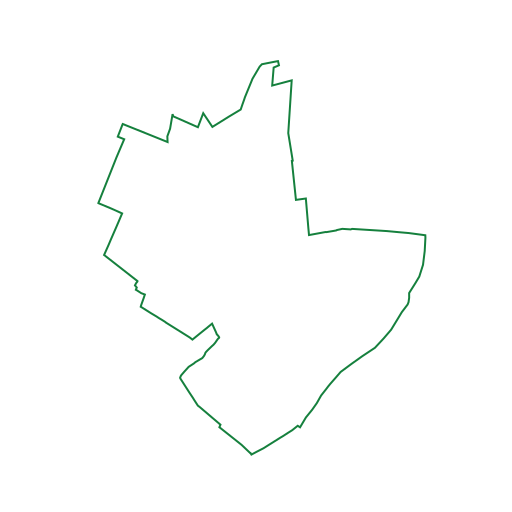 Zimnicea, Teleorman, Romania (Equal Earth projection), rotated 282°
{"feature_id": "2599482B67626628859596", "entity_name": "Zimnicea", "entity_type": "district", "adm_level": 2, "iso_a3": "ROU", "parent_name": "Romania", "parent_adm1": "Teleorman", "projection": "equal_earth", "projection_center": [25.358, 43.689], "detail": "fine", "context": "isolated", "style": "outline", "palette": "green", "viewbox_px": 512, "rotation_deg": 282, "n_neighbors": 0, "source": "geoboundaries", "source_scale": "gbopen_adm2", "svg_char_len": 2384}
<svg xmlns="http://www.w3.org/2000/svg" viewBox="0 0 512 512"><g transform="rotate(282 256 256)"><path d="M406.5,211.9L401.3,211.2L396.1,210.6L386.6,200.4L373.2,186.5L384.7,174.7L369.9,172.4L375.2,147.0L375.4,146.1L377.4,144.9L362.6,145.5L354.6,144.4L349.1,145.8L352.6,125.8L357.4,98.2L357.0,98.1L344.0,96.0L342.8,102.8L323.3,99.0L275.0,90.8L274.8,91.4L272.3,104.7L269.8,116.2L261.1,114.5L254.6,113.2L242.4,110.7L236.2,109.5L230.1,108.2L225.4,107.2L206.8,145.3L206.3,145.3L204.6,144.4L202.1,143.7L200.4,145.9L198.0,145.5L197.6,146.8L197.5,147.0L196.3,150.2L195.8,151.4L195.2,155.3L190.8,154.8L188.6,154.5L184.1,153.9L182.4,153.8L182.3,154.1L178.1,165.5L176.1,171.4L175.1,173.9L174.1,176.9L173.0,179.9L172.4,181.4L172.2,181.6L162.9,207.1L162.3,208.6L161.0,211.2L163.0,212.8L169.2,217.8L173.0,220.9L175.5,223.0L176.7,223.9L180.7,227.1L174.9,231.4L173.0,232.8L171.1,234.0L171.0,234.4L171.0,234.5L170.5,235.0L170.0,235.7L169.4,236.3L169.1,236.6L168.8,236.9L168.5,236.9L168.3,236.9L168.1,236.7L166.9,235.9L165.5,235.3L162.6,234.1L160.4,232.9L158.5,231.5L153.9,228.4L151.8,227.1L150.7,226.6L149.6,226.5L148.7,226.3L147.2,225.8L145.0,224.7L139.7,218.9L139.1,218.4L138.1,217.7L136.1,215.7L133.8,213.4L133.3,213.0L132.2,212.4L128.1,210.0L124.1,207.8L123.1,207.4L121.4,207.1L121.0,207.1L120.2,207.7L119.6,208.3L108.6,219.2L104.1,223.8L102.0,225.8L97.8,230.0L97.5,230.4L97.4,230.5L96.8,231.9L83.6,256.3L80.9,255.8L68.3,281.1L61.8,291.7L61.9,291.8L60.8,292.8L64.6,297.3L69.5,303.3L73.6,307.5L76.3,310.3L83.3,317.5L85.3,319.7L89.7,324.1L93.1,327.6L98.6,332.1L97.6,334.7L108.5,338.4L117.3,342.9L124.8,346.1L133.1,348.7L139.6,351.9L143.6,353.8L146.5,355.3L153.1,359.0L160.2,362.9L170.4,371.9L180.1,380.8L189.7,390.2L190.9,391.4L201.9,398.0L212.0,403.5L224.5,407.9L231.4,410.3L240.1,414.4L242.6,414.8L247.0,414.5L251.6,413.5L252.2,413.7L258.7,416.1L262.5,417.5L269.8,420.0L282.1,421.2L295.9,420.0L309.2,417.9L311.5,417.3L311.0,410.8L310.2,400.6L309.2,392.5L307.6,378.9L302.5,344.4L301.7,343.1L300.5,334.8L298.2,329.7L297.7,329.2L296.6,326.5L294.0,319.9L293.9,319.0L287.5,303.5L294.2,301.4L322.6,292.8L319.2,283.4L356.5,271.3L356.9,272.1L382.9,262.0L435.2,254.4L426.1,236.4L444.0,234.1L445.2,235.8L446.1,237.1L447.3,238.8L449.7,237.7L451.2,237.0L449.8,233.6L444.8,221.9L442.0,220.2L428.6,215.7L426.3,215.3L409.2,212.2L408.5,212.1L406.5,211.9Z" fill="none" stroke="#15803d" stroke-width="2"/></g></svg>